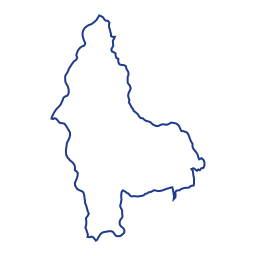 outline of Setubinha, Minas Gerais, Brazil
{"feature_id": "56859067B2434426876365", "entity_name": "Setubinha", "entity_type": "district", "adm_level": 2, "iso_a3": "BRA", "parent_name": "Brazil", "parent_adm1": "Minas Gerais", "projection": "equal_earth", "projection_center": [-42.151, -17.609], "detail": "fine", "context": "isolated", "style": "outline", "palette": "blue", "viewbox_px": 256, "rotation_deg": 0, "n_neighbors": 0, "source": "geoboundaries", "source_scale": "gbopen_adm2", "svg_char_len": 3695}
<svg xmlns="http://www.w3.org/2000/svg" viewBox="0 0 256 256"><path d="M87.5,236.9L89.4,237.3L91.3,236.6L93.0,237.1L94.6,238.9L95.8,240.6L97.1,239.8L98.2,237.6L99.3,236.0L100.3,234.3L101.8,233.0L103.7,232.1L105.7,231.8L107.5,231.5L109.0,231.2L111.0,231.2L112.8,231.8L113.9,233.1L114.9,234.7L116.5,236.1L118.8,236.2L120.5,235.9L122.3,234.5L124.2,232.8L124.4,230.8L123.9,229.0L122.4,227.4L120.8,226.2L119.8,224.5L119.6,222.1L120.4,219.7L121.6,218.4L122.5,216.6L122.2,214.0L122.1,210.3L120.9,208.1L120.1,206.0L120.6,204.0L121.1,201.8L121.5,199.1L121.2,196.7L121.3,193.9L121.8,191.7L122.9,190.4L124.6,191.2L125.8,192.0L127.2,193.2L128.6,193.6L129.7,195.1L130.8,196.2L132.3,196.4L133.9,196.1L135.7,196.3L138.0,196.5L140.1,196.1L142.4,195.8L143.8,195.2L145.3,193.8L147.2,193.4L148.7,192.3L150.9,191.9L152.5,191.1L154.0,190.2L156.4,190.7L158.3,191.1L160.8,190.8L163.1,190.2L165.1,189.4L166.9,188.7L168.3,188.4L170.3,187.7L172.3,187.3L173.1,190.2L173.6,193.8L174.0,196.5L173.7,199.2L175.4,197.3L175.6,194.8L175.2,192.4L176.4,190.7L178.0,190.4L179.7,190.2L181.1,189.0L183.0,188.4L185.1,187.8L187.2,187.8L189.1,187.5L190.4,186.3L192.0,185.6L193.6,185.6L194.0,183.5L194.0,181.5L194.1,178.6L193.4,175.8L193.2,173.5L192.8,170.8L191.4,169.1L193.4,168.2L195.6,169.7L197.1,170.8L198.2,169.5L199.8,170.2L201.4,168.2L203.4,167.9L204.3,166.0L204.5,163.7L204.3,161.8L203.4,159.8L201.6,158.2L199.2,159.3L198.3,157.3L197.6,154.6L196.3,152.4L194.8,150.6L193.2,148.5L192.5,146.4L192.5,143.8L191.1,141.5L190.0,139.1L189.1,136.4L188.3,134.4L187.1,132.6L185.5,131.9L183.5,131.2L181.4,131.0L180.1,128.6L179.0,125.8L177.2,124.1L175.8,123.4L173.6,122.9L171.1,122.6L169.0,123.9L166.6,124.8L164.5,124.4L162.7,124.3L160.2,125.0L158.2,126.1L156.2,126.0L154.5,125.3L152.7,124.4L150.7,122.4L148.7,121.5L147.1,121.1L145.6,120.7L144.2,119.6L142.6,118.2L140.7,118.1L139.3,116.8L137.9,114.3L135.6,112.3L133.8,111.0L133.0,109.1L131.6,107.4L130.1,104.4L128.8,102.3L129.4,100.1L128.7,98.2L128.1,95.8L128.6,93.0L129.7,90.9L130.7,88.3L129.9,85.7L128.7,84.3L127.7,82.7L127.6,80.0L127.7,77.0L128.5,74.6L128.3,71.9L127.3,70.3L126.4,68.7L126.0,66.4L124.0,65.1L121.6,65.0L119.4,64.3L118.3,62.0L118.3,58.8L116.5,58.1L115.6,55.8L115.5,53.3L113.6,52.2L111.9,51.4L111.3,49.3L112.4,47.3L113.3,45.7L113.0,43.2L112.8,40.8L114.0,38.7L114.8,36.8L112.8,36.9L111.0,36.2L111.0,33.9L110.4,32.1L110.0,30.0L109.2,27.7L108.9,25.2L109.4,22.6L107.8,20.8L105.6,20.6L104.4,19.5L103.1,17.4L101.1,16.2L99.3,15.4L97.9,17.7L96.4,20.1L94.5,21.8L92.8,23.2L91.0,24.3L89.0,25.0L87.0,26.1L84.9,27.8L83.5,29.9L82.6,32.5L82.6,35.7L83.2,38.1L84.0,40.4L85.3,43.4L84.4,45.5L82.3,46.3L80.3,47.5L79.1,48.9L77.8,50.7L77.0,52.8L76.3,55.3L77.2,57.9L75.9,60.1L73.8,61.4L72.8,62.9L71.7,64.3L70.6,66.2L69.0,68.5L68.2,70.7L67.3,72.6L66.3,74.1L65.2,76.1L65.2,79.1L65.4,82.0L66.8,84.6L68.1,87.1L68.6,89.7L68.8,92.2L68.0,94.7L66.7,96.0L65.0,96.5L63.4,97.8L62.8,99.8L62.0,101.6L60.9,104.1L58.8,106.8L57.1,108.4L55.9,109.8L54.5,111.9L53.2,114.2L52.1,116.5L51.5,118.6L53.0,119.0L54.6,118.2L56.5,119.0L57.8,120.7L59.2,122.4L60.6,123.1L62.2,123.1L64.4,123.7L65.6,125.2L66.6,126.7L67.9,128.9L69.1,130.9L70.0,132.6L70.1,135.1L69.5,137.6L68.5,139.9L66.9,143.1L66.5,146.3L66.1,148.8L65.9,151.7L66.3,155.1L67.7,157.7L69.0,159.1L70.1,160.5L72.4,162.3L73.9,164.1L74.7,165.7L75.0,167.9L74.9,170.3L76.5,171.3L77.8,173.0L77.6,175.8L77.0,177.8L76.2,180.1L74.9,182.7L75.1,185.5L76.2,187.3L77.2,189.0L79.0,190.0L80.8,190.8L82.6,191.6L83.6,193.0L84.2,195.2L84.5,197.8L84.9,200.6L85.2,203.5L86.1,205.2L86.6,207.1L87.2,209.3L87.9,211.6L88.8,213.9L87.4,216.3L85.9,218.3L86.3,220.7L86.3,223.4L86.1,225.6L85.4,227.5L86.5,230.3L87.2,232.6L87.9,234.5L87.5,236.9Z" fill="none" stroke="#1e3a8a" stroke-width="2"/></svg>